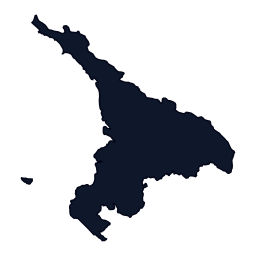 outline of Osa, Puntarenas, Costa Rica
{"feature_id": "36466004B23652443238408", "entity_name": "Osa", "entity_type": "district", "adm_level": 2, "iso_a3": "CRI", "parent_name": "Costa Rica", "parent_adm1": "Puntarenas", "projection": "orthographic", "projection_center": [-83.568, 8.892], "detail": "fine", "context": "isolated", "style": "filled", "palette": "ink", "viewbox_px": 256, "rotation_deg": 0, "n_neighbors": 0, "source": "geoboundaries", "source_scale": "gbopen_adm2", "svg_char_len": 5793}
<svg xmlns="http://www.w3.org/2000/svg" viewBox="0 0 256 256"><path d="M147.0,186.2L146.5,184.6L146.0,184.5L146.2,183.9L145.8,183.5L144.3,184.5L144.4,185.1L144.0,185.5L143.0,185.6L142.6,184.9L142.0,182.6L142.6,180.4L143.0,180.1L142.9,179.1L143.9,178.2L146.6,178.1L147.2,177.3L148.2,176.7L150.4,177.7L153.8,177.1L154.0,177.5L155.1,177.7L156.0,179.4L156.8,180.2L157.3,180.3L158.9,179.4L159.5,178.7L161.4,178.6L162.2,176.7L164.3,175.3L165.3,173.8L166.1,173.7L166.9,174.3L167.7,173.9L168.4,175.2L169.2,175.4L169.4,174.3L170.5,174.0L171.2,172.9L172.3,172.5L171.9,171.3L172.2,171.1L173.6,171.5L174.0,172.5L174.0,173.6L174.3,173.9L175.6,173.2L177.2,173.6L179.1,174.7L179.9,174.5L180.2,173.8L182.0,174.0L183.1,175.6L186.1,178.1L188.0,177.7L188.6,176.6L189.2,176.1L190.5,175.7L193.1,175.9L195.5,176.6L195.8,175.9L196.3,175.9L196.6,175.2L196.0,174.5L197.0,171.5L197.7,171.1L198.1,171.2L198.8,170.4L198.5,168.9L198.9,166.8L199.9,166.1L202.0,166.0L203.1,164.5L204.2,164.4L204.9,164.8L208.7,164.1L209.4,163.5L209.9,161.9L211.6,162.6L213.7,162.9L214.7,164.6L216.6,165.4L217.5,167.4L222.0,169.6L223.2,170.6L225.4,171.0L227.6,173.0L228.6,173.3L229.4,173.0L231.0,171.9L231.4,169.3L232.0,168.4L232.3,165.1L231.9,164.3L232.1,163.1L231.8,162.1L231.8,159.8L233.4,155.7L233.7,153.8L234.5,152.4L233.9,151.2L232.1,150.1L230.6,148.4L227.7,142.0L225.6,140.2L225.1,139.3L220.4,134.7L219.6,133.5L214.8,130.4L213.5,129.2L212.9,127.1L210.8,125.1L210.3,122.1L209.9,121.3L205.2,120.1L203.7,119.0L203.1,118.1L201.2,116.9L197.6,117.8L193.6,114.8L191.3,113.3L189.8,112.9L186.4,112.3L184.1,113.9L178.7,112.5L175.0,109.9L175.6,108.0L175.6,104.5L175.2,103.4L173.1,101.9L170.0,100.8L167.7,100.5L166.4,98.9L165.2,98.2L163.4,98.2L162.5,99.0L162.3,102.1L161.8,103.2L160.1,102.7L159.1,101.0L157.5,99.6L154.4,99.4L152.9,98.7L146.7,97.8L146.0,97.1L144.5,94.0L141.9,92.7L139.3,90.5L139.4,89.3L138.5,88.6L137.8,87.1L135.4,86.4L133.7,84.3L132.0,83.5L129.8,83.1L128.7,82.4L125.8,82.4L123.3,81.8L121.9,81.1L120.6,80.9L120.0,80.4L119.6,79.6L119.8,78.5L122.3,76.8L122.3,75.6L123.9,73.7L123.6,72.8L121.2,72.1L118.8,72.0L117.2,71.2L114.5,68.4L113.7,67.0L108.1,63.8L106.6,61.5L104.1,60.5L102.5,60.5L98.3,59.6L95.3,58.0L92.6,53.9L88.3,51.4L87.1,48.1L86.9,46.1L88.5,45.4L89.0,44.1L88.1,41.5L85.4,37.8L84.9,36.2L79.8,33.9L78.7,31.5L77.7,31.5L77.3,32.5L75.3,32.6L71.8,32.3L69.8,31.6L68.6,27.8L68.1,27.1L66.4,25.8L64.1,26.0L63.5,26.9L63.3,27.6L63.7,28.3L64.6,29.4L65.0,32.1L64.2,33.1L62.7,33.6L61.2,33.3L58.5,32.0L53.8,31.2L51.1,30.2L49.3,30.1L48.1,29.3L45.3,25.4L42.3,23.1L39.2,21.4L37.7,19.2L36.3,15.4L35.3,15.6L33.8,20.6L32.0,22.7L39.0,29.0L39.5,30.2L39.5,31.6L38.6,31.8L38.9,32.6L40.2,32.4L41.6,33.6L42.7,33.6L44.7,35.2L46.2,34.9L47.6,35.7L48.2,35.6L49.7,37.2L53.0,37.7L54.2,38.5L54.7,40.0L56.0,39.9L56.9,40.5L60.2,43.8L63.3,49.1L63.4,51.5L63.2,52.7L62.5,53.7L62.9,53.8L63.9,52.7L66.0,52.3L69.0,52.9L71.8,54.4L72.2,55.5L73.6,57.8L75.2,58.6L76.3,59.8L76.5,60.3L79.9,63.8L81.7,64.6L82.0,65.6L83.7,67.6L83.3,68.8L83.9,69.3L84.8,69.4L85.6,70.0L86.1,70.9L86.2,72.6L87.7,73.3L89.1,74.6L90.4,77.7L91.5,79.3L92.8,79.5L92.8,78.2L94.0,77.8L96.0,79.5L97.5,81.4L98.1,82.7L96.3,82.6L95.9,83.1L95.9,83.7L96.3,85.6L98.8,89.6L99.6,93.0L99.7,96.8L99.4,100.1L99.6,104.4L100.2,108.3L100.9,109.7L102.2,110.1L101.5,112.1L101.4,113.5L102.9,117.4L102.1,119.0L103.0,120.6L105.7,120.7L105.6,122.3L106.1,123.2L109.7,127.0L110.3,128.2L110.3,128.8L108.6,128.7L107.1,128.3L105.8,126.9L105.0,126.6L104.1,126.7L103.4,127.7L103.4,132.7L104.3,134.4L105.8,134.2L110.7,136.5L113.7,140.4L115.2,141.4L115.2,141.7L113.6,141.7L111.8,141.0L110.0,141.2L109.0,142.2L108.5,143.9L107.7,144.5L107.5,144.3L106.9,144.4L106.8,145.9L103.4,147.9L101.6,148.0L101.0,148.2L100.2,149.2L98.5,149.7L96.3,152.9L94.2,155.1L94.1,156.8L94.7,157.6L95.5,157.4L97.1,160.8L98.5,161.5L100.7,160.9L101.9,161.8L100.8,162.4L97.6,162.2L96.5,163.5L95.7,163.4L95.5,163.9L95.4,165.0L95.8,165.4L96.7,168.0L97.2,172.4L96.9,173.2L95.3,174.2L94.9,174.7L95.0,178.8L94.6,181.0L93.4,183.9L92.0,185.2L90.4,186.0L88.9,186.2L87.8,184.8L86.8,184.7L83.8,185.8L83.0,185.4L81.8,185.8L79.9,187.0L78.9,187.0L78.3,187.7L77.5,187.7L77.1,188.2L76.9,189.6L75.9,190.2L75.7,190.9L75.9,192.6L75.6,192.9L75.5,193.7L76.3,195.7L76.1,198.0L74.7,199.0L73.9,199.9L71.1,200.6L70.8,201.2L70.9,202.0L71.5,202.3L71.6,203.9L70.1,205.2L69.7,207.4L70.1,210.5L69.9,211.6L70.3,212.3L70.1,213.5L70.8,215.4L73.8,218.1L74.7,218.1L75.2,217.6L76.1,218.3L77.8,218.2L88.3,228.6L93.9,234.7L94.9,234.5L96.2,234.9L96.5,235.7L96.9,235.8L97.9,236.8L98.7,236.9L98.7,237.6L100.9,238.9L102.3,240.6L104.7,240.5L106.3,239.3L106.5,238.9L103.9,237.7L103.4,236.5L100.9,235.2L100.2,234.4L99.6,231.8L100.4,231.7L100.5,231.4L101.7,231.7L102.1,231.1L103.7,230.4L104.0,229.5L104.7,229.1L105.3,228.0L106.7,227.1L107.7,225.6L109.8,224.5L110.0,223.4L109.6,222.9L107.1,221.3L105.0,220.4L102.7,220.1L101.1,219.2L99.1,216.0L96.9,214.8L97.6,213.0L98.4,212.8L99.7,211.1L100.5,210.8L101.0,207.6L100.5,206.7L100.9,206.0L100.9,205.3L101.9,204.7L102.9,204.7L103.2,205.7L106.0,205.3L106.9,205.8L107.6,207.2L108.6,208.0L109.0,209.1L109.8,209.5L112.3,209.4L113.7,209.1L114.5,208.0L114.5,206.4L113.3,204.4L113.3,203.6L114.0,203.6L115.9,205.0L118.0,208.8L117.5,211.3L118.0,212.6L119.8,212.8L123.1,214.8L127.7,215.6L128.9,216.2L129.7,217.1L130.6,217.1L132.2,214.7L133.2,214.6L136.3,213.3L137.6,211.6L138.3,211.4L139.0,210.6L138.9,210.2L140.1,208.1L142.0,208.0L143.8,205.4L143.8,204.4L144.3,203.6L144.3,202.9L144.1,202.3L143.0,201.6L142.6,200.7L142.4,197.4L143.0,195.6L143.1,193.6L142.4,192.4L142.0,190.9L142.8,190.4L143.0,189.2L143.5,188.7L143.5,187.5L145.3,187.2L147.0,186.2ZM24.1,178.4L21.6,177.9L21.5,178.7L22.4,180.1L24.6,182.0L25.9,182.2L26.9,183.5L28.0,183.4L28.8,184.0L29.8,183.9L32.2,180.9L32.1,179.1L27.7,178.9L25.4,178.2L24.1,178.4Z" fill="#0f172a" stroke="#020617" stroke-width="1.5"/></svg>